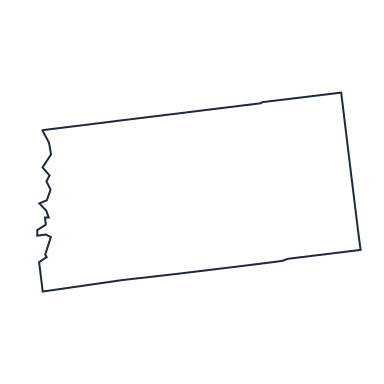 the district of Grady, Oklahoma, United States of America, rotated 263°
{"feature_id": "52423323B95239416662840", "entity_name": "Grady", "entity_type": "district", "adm_level": 2, "iso_a3": "USA", "parent_name": "United States of America", "parent_adm1": "Oklahoma", "projection": "mercator", "projection_center": [-97.892, 35.03], "detail": "fine", "context": "isolated", "style": "outline", "palette": "slate", "viewbox_px": 384, "rotation_deg": 263, "n_neighbors": 0, "source": "geoboundaries", "source_scale": "gbopen_adm2", "svg_char_len": 633}
<svg xmlns="http://www.w3.org/2000/svg" viewBox="0 0 384 384"><g transform="rotate(263 192 192)"><path d="M114.0,352.3L120.4,352.2L133.6,352.1L189.9,352.1L272.5,352.2L272.6,272.5L271.7,271.3L271.7,239.1L271.7,132.1L271.6,71.8L271.6,52.5L271.3,51.1L258.3,56.1L246.5,56.7L237.4,49.0L234.5,46.6L225.9,52.6L220.2,48.8L212.1,51.8L210.2,51.3L201.5,46.9L199.3,39.1L191.2,45.0L184.1,46.7L184.6,43.0L177.4,42.9L173.1,33.8L167.5,33.1L167.6,41.6L164.5,46.4L147.7,38.7L145.1,39.8L141.0,31.7L111.4,31.7L113.1,112.1L112.6,165.1L112.5,212.7L112.5,259.3L112.6,272.6L114.0,279.1L114.0,352.3Z" fill="none" stroke="#1e293b" stroke-width="2"/></g></svg>